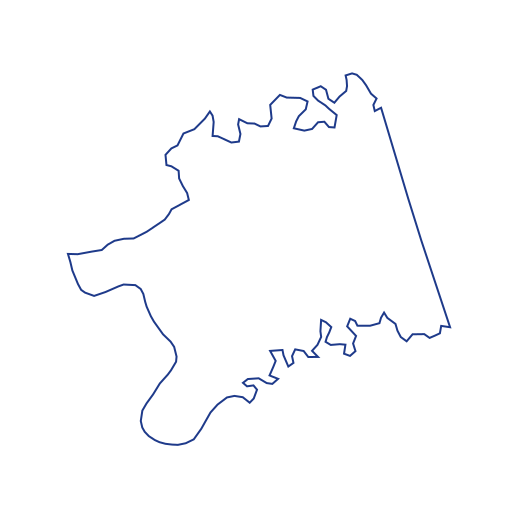 Boa Vista da Aparecida, Paraná, Brazil, rotated 64°
{"feature_id": "56859067B44765348514460", "entity_name": "Boa Vista da Aparecida", "entity_type": "district", "adm_level": 2, "iso_a3": "BRA", "parent_name": "Brazil", "parent_adm1": "Paraná", "projection": "natural_earth1", "projection_center": [-53.421, -25.443], "detail": "fine", "context": "isolated", "style": "outline", "palette": "blue", "viewbox_px": 512, "rotation_deg": 64, "n_neighbors": 0, "source": "geoboundaries", "source_scale": "gbopen_adm2", "svg_char_len": 2432}
<svg xmlns="http://www.w3.org/2000/svg" viewBox="0 0 512 512"><g transform="rotate(64 256 256)"><path d="M405.1,112.8L314.3,100.6L271.0,94.0L177.6,78.6L177.8,85.7L171.7,84.3L167.3,78.6L160.5,81.5L150.9,82.2L144.4,83.3L137.3,86.0L134.0,89.6L133.0,96.3L137.5,97.4L143.2,99.7L147.2,102.6L149.3,111.0L152.6,118.4L146.4,122.0L137.3,120.2L131.8,123.4L131.3,132.1L137.3,134.2L143.5,132.1L151.1,127.6L155.6,125.9L164.7,121.7L174.9,129.1L172.1,133.9L165.3,135.7L163.0,141.6L166.4,149.9L164.5,157.6L157.8,166.0L152.6,160.9L149.1,156.2L146.0,147.0L139.7,141.9L133.3,147.0L127.1,158.9L121.7,163.9L126.4,177.0L139.3,181.7L144.4,188.2L141.5,195.2L136.3,199.3L132.9,205.6L125.6,211.2L129.9,214.4L139.5,216.5L145.7,221.2L143.2,228.4L131.6,237.9L129.1,242.4L117.0,235.3L110.8,233.5L105.9,234.1L110.1,241.7L115.0,255.8L114.1,267.5L122.2,278.1L122.2,284.9L125.4,293.0L135.0,296.6L138.3,292.7L145.5,288.2L152.6,291.1L161.0,291.1L169.2,290.3L176.2,291.8L177.0,311.4L180.1,315.8L183.3,322.1L186.3,343.5L186.6,358.3L182.6,367.2L180.3,376.5L180.8,384.3L183.0,392.0L180.1,401.5L176.2,415.5L171.7,424.1L180.1,425.5L188.5,427.4L203.1,428.3L209.8,428.0L214.0,425.7L220.9,419.0L222.4,407.1L223.0,393.0L223.6,387.5L229.3,377.2L235.1,374.1L240.7,373.9L248.7,375.7L253.6,376.5L264.0,376.9L270.2,376.5L285.6,373.9L295.5,370.3L301.8,369.4L311.6,371.5L316.0,374.2L321.4,382.4L323.9,387.2L328.4,398.3L335.3,409.2L340.5,419.0L345.1,425.9L353.8,431.9L360.3,433.4L365.2,433.1L370.9,431.3L377.1,427.6L381.0,424.4L385.1,419.7L388.7,414.1L391.5,409.0L393.5,401.2L393.5,392.3L387.3,380.9L382.8,374.4L376.7,365.5L372.7,355.7L370.4,344.1L372.3,336.7L377.1,329.8L385.1,326.0L383.1,320.5L376.6,313.7L371.2,315.0L369.2,321.2L364.3,323.3L363.0,317.3L367.1,307.2L374.9,302.1L378.1,297.4L376.1,290.0L369.3,296.2L363.0,288.8L358.9,284.3L347.5,284.9L352.1,273.4L357.3,274.8L369.5,275.4L368.5,269.2L361.8,267.5L357.1,261.7L362.3,254.8L369.7,253.3L373.9,244.5L365.8,247.2L362.8,239.7L357.3,232.9L351.9,231.1L342.0,225.5L346.2,222.2L352.9,219.5L356.8,223.7L360.0,227.8L363.6,231.1L368.7,227.8L372.0,219.3L374.9,214.5L382.4,219.7L387.0,215.3L385.1,208.3L377.2,207.1L371.7,201.1L359.2,204.9L353.7,198.8L357.9,195.4L363.1,195.4L365.5,190.6L368.7,184.0L370.5,174.5L366.3,170.7L363.0,165.7L369.2,165.1L378.2,160.4L385.1,161.6L392.3,161.4L398.7,158.0L395.0,149.6L400.0,139.0L405.7,135.9L406.0,130.3L406.1,124.6L400.0,120.2L405.1,112.8Z" fill="none" stroke="#1e3a8a" stroke-width="2"/></g></svg>